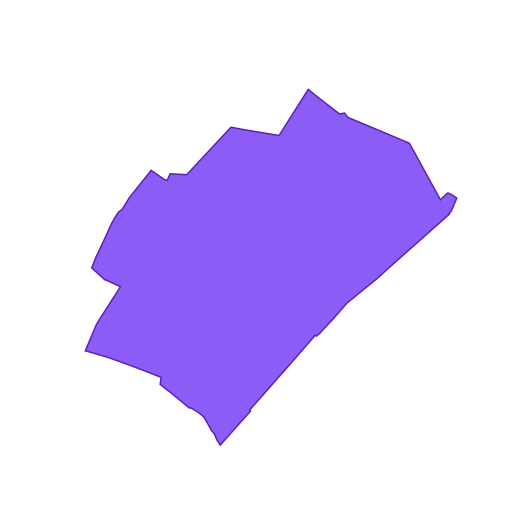 the district of Aloja, Alojas, Latvia, rotated 123°
{"feature_id": "27541924B23831507803085", "entity_name": "Aloja", "entity_type": "district", "adm_level": 2, "iso_a3": "LVA", "parent_name": "Latvia", "parent_adm1": "Alojas", "projection": "robinson", "projection_center": [24.879, 57.768], "detail": "fine", "context": "isolated", "style": "filled", "palette": "violet", "viewbox_px": 512, "rotation_deg": 123, "n_neighbors": 0, "source": "geoboundaries", "source_scale": "gbopen_adm2", "svg_char_len": 1379}
<svg xmlns="http://www.w3.org/2000/svg" viewBox="0 0 512 512"><g transform="rotate(123 256 256)"><path d="M246.4,154.2L209.1,142.2L196.5,138.9L183.9,135.5L176.8,133.5L168.8,131.3L125.4,119.3L115.8,116.7L115.7,117.2L112.4,116.7L98.1,119.1L98.0,125.1L98.5,129.1L98.7,129.5L99.5,129.9L101.0,130.2L108.4,132.0L108.1,132.6L103.2,141.7L91.5,163.4L77.9,188.7L83.8,221.9L89.7,254.2L87.9,259.8L88.6,260.3L91.4,263.2L91.4,263.5L89.3,288.8L88.5,296.8L87.8,302.9L142.4,302.3L156.7,335.1L161.6,347.1L206.8,355.1L225.6,358.4L233.8,372.8L241.0,371.7L241.8,375.1L241.5,382.8L241.3,390.6L258.8,392.3L276.3,394.0L290.1,393.6L293.7,395.2L301.0,395.3L308.5,394.7L314.9,393.7L321.2,392.7L333.7,391.0L344.7,389.5L350.4,388.3L355.4,387.4L356.9,378.5L358.3,369.6L357.9,369.6L355.7,352.9L366.8,352.9L396.6,352.7L401.4,352.4L428.5,347.5L428.3,347.1L421.7,325.0L417.1,305.5L413.5,289.3L412.0,281.9L411.4,279.1L409.9,271.6L409.4,269.6L415.8,266.5L416.7,258.4L416.9,254.3L417.0,253.4L419.8,229.1L418.8,227.5L418.6,222.4L418.9,215.7L419.5,211.8L426.8,197.8L427.7,194.4L431.6,188.6L434.1,183.0L412.3,179.7L389.0,176.1L388.5,177.4L368.8,174.5L362.1,173.5L348.4,171.5L317.1,166.9L311.7,166.2L304.5,165.2L290.1,163.1L290.3,161.7L288.1,161.0L285.8,160.3L283.1,159.9L280.5,159.5L277.3,158.9L274.1,158.4L271.6,157.9L269.2,157.4L257.8,155.8L246.4,154.2Z" fill="#8b5cf6" stroke="#5b21b6" stroke-width="1.5"/></g></svg>